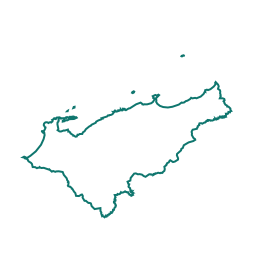 the district of Pathio, Chumphon, Thailand, rotated 222°
{"feature_id": "78962969B3300924250293", "entity_name": "Pathio", "entity_type": "district", "adm_level": 2, "iso_a3": "THA", "parent_name": "Thailand", "parent_adm1": "Chumphon", "projection": "mercator", "projection_center": [99.321, 10.773], "detail": "fine", "context": "isolated", "style": "outline", "palette": "teal", "viewbox_px": 256, "rotation_deg": 222, "n_neighbors": 0, "source": "geoboundaries", "source_scale": "gbopen_adm2", "svg_char_len": 5695}
<svg xmlns="http://www.w3.org/2000/svg" viewBox="0 0 256 256"><g transform="rotate(222 128 128)"><path d="M85.7,46.0L85.8,47.7L85.1,47.3L84.7,47.7L85.0,48.1L84.4,49.2L84.9,49.7L84.6,50.6L84.1,50.9L84.4,51.9L83.9,52.1L83.9,53.1L83.4,53.9L84.1,54.2L83.6,54.6L83.4,55.6L84.4,57.2L83.7,57.7L84.7,60.0L84.5,61.1L85.2,62.4L85.8,62.7L86.1,62.5L87.2,63.4L88.4,63.1L88.8,63.4L89.2,63.9L88.6,65.5L89.0,66.1L89.4,66.4L90.2,65.9L90.9,67.2L90.8,68.1L93.0,69.3L91.3,71.0L91.6,72.0L90.6,72.4L89.9,73.5L90.3,75.6L89.4,75.6L88.3,77.2L87.8,78.9L87.2,78.8L86.3,79.5L85.6,79.5L84.5,80.6L84.2,80.6L84.6,80.4L84.3,80.0L83.6,79.6L82.8,79.8L82.2,79.4L81.0,80.1L80.2,79.8L79.5,81.6L80.3,81.8L80.5,82.6L81.4,82.5L80.9,83.2L82.4,83.0L82.5,83.6L82.8,83.1L83.4,83.6L83.6,83.0L83.9,83.3L84.2,83.0L86.2,84.7L88.0,84.6L88.6,85.0L89.4,87.0L90.3,86.7L92.4,87.8L91.1,90.5L92.6,92.7L92.9,98.2L91.8,99.5L89.7,100.2L88.5,101.5L86.4,102.7L84.2,102.8L82.3,103.5L81.3,107.7L80.7,108.4L80.3,108.4L79.7,109.1L79.0,109.2L78.0,110.6L77.7,110.2L77.5,110.9L77.9,111.3L77.1,112.1L77.3,112.7L76.5,113.2L75.7,114.9L73.9,115.9L73.5,116.9L72.6,117.3L72.4,117.8L72.6,118.8L72.3,120.5L73.2,122.1L75.1,123.6L74.6,126.0L75.1,126.5L75.0,127.2L75.4,128.0L74.7,129.8L75.2,131.6L75.0,132.3L71.8,132.8L70.7,134.4L69.7,138.0L70.5,139.0L73.4,140.4L74.2,141.6L73.6,146.8L74.4,148.2L73.9,149.8L75.0,152.5L73.3,157.9L70.8,161.9L70.1,164.2L70.7,164.6L72.7,164.4L75.9,165.5L76.9,166.9L78.1,167.6L78.4,168.3L78.8,170.0L76.3,173.5L76.7,174.0L76.6,175.0L77.4,175.9L77.0,177.7L77.4,177.8L78.0,179.3L76.6,180.7L75.7,180.9L74.8,183.4L74.4,183.6L74.2,184.7L74.5,185.4L73.9,186.1L74.3,186.1L74.2,187.3L72.3,188.7L71.7,188.6L71.3,189.3L70.5,189.7L69.6,191.3L70.0,192.1L68.6,193.0L69.2,193.4L68.6,193.4L68.6,194.0L68.1,193.9L67.3,194.6L67.8,195.9L67.2,196.0L67.4,196.6L66.8,197.1L67.1,197.6L66.6,197.6L67.0,197.8L66.6,197.8L66.6,198.5L65.9,198.4L65.8,198.8L65.6,198.6L64.9,199.3L64.6,198.9L63.4,200.4L63.5,201.0L63.9,201.0L63.3,201.4L63.8,201.7L63.2,202.1L63.7,202.3L63.7,203.2L64.4,203.8L64.0,203.9L63.6,205.0L63.9,205.1L63.3,205.8L64.1,207.1L62.7,207.9L63.2,209.0L62.7,209.7L64.0,210.0L65.0,211.0L67.7,211.1L68.6,210.3L69.5,210.9L71.2,210.5L73.0,211.0L73.6,211.6L74.9,211.8L74.8,213.3L75.9,214.0L77.5,213.4L79.6,211.5L80.4,213.8L81.0,213.9L81.7,214.9L82.7,215.3L83.9,216.9L84.9,217.6L87.3,217.3L88.5,219.7L90.2,220.5L93.6,220.8L93.4,219.8L92.5,219.6L92.2,219.0L92.0,216.2L92.7,212.0L93.9,209.7L95.0,209.3L95.9,207.7L94.8,206.7L95.3,206.6L94.6,203.9L95.0,200.0L97.0,195.9L98.3,195.3L100.0,193.1L101.3,192.7L101.2,191.1L102.1,188.1L103.0,186.7L103.4,184.5L104.4,183.2L105.2,182.8L105.9,179.4L109.2,173.5L112.1,169.9L115.9,167.1L119.1,165.8L122.5,165.6L124.6,166.3L125.3,167.4L127.1,168.9L126.9,173.2L127.7,173.1L128.3,171.4L129.8,170.8L130.9,168.2L129.9,167.9L129.4,167.2L128.1,167.8L127.5,167.1L126.9,164.2L127.3,162.0L129.6,158.4L131.9,156.4L132.0,155.9L133.1,155.2L133.6,155.5L135.6,155.3L137.8,151.1L139.8,143.9L140.6,142.9L141.5,139.8L142.8,139.3L143.3,140.0L143.8,139.7L143.7,139.3L144.3,139.0L143.8,138.7L143.9,137.4L144.2,137.1L144.7,137.5L145.3,136.9L145.9,137.0L145.5,136.5L146.1,135.7L146.3,134.8L147.1,134.6L146.9,133.9L146.6,134.0L147.4,132.6L148.3,131.9L148.9,132.5L149.4,132.3L149.4,131.3L148.9,131.1L148.9,130.6L149.7,130.0L149.1,129.9L148.8,129.1L148.8,127.8L149.5,126.2L150.5,125.1L150.5,124.5L151.3,124.0L151.3,122.5L153.7,118.5L153.2,118.2L154.0,117.5L153.5,117.3L153.6,116.6L155.1,113.8L155.9,111.4L155.5,110.3L157.3,105.9L157.1,105.0L157.8,103.4L158.5,98.9L158.1,96.5L158.6,94.6L158.0,93.0L159.9,91.2L160.3,89.5L161.0,89.2L160.4,87.4L161.2,86.4L163.2,86.1L163.5,85.7L163.9,86.0L167.2,85.5L168.0,86.1L169.2,85.8L170.5,86.1L170.5,85.8L171.6,86.6L173.3,83.7L174.0,83.3L175.5,80.5L176.7,79.6L178.9,79.3L179.0,80.6L182.9,83.5L184.1,85.0L184.0,86.1L184.4,87.1L185.0,87.3L185.7,88.8L185.2,89.8L184.1,90.1L184.0,90.7L185.3,90.1L185.9,90.2L187.9,88.1L187.6,86.3L188.0,86.0L188.7,86.4L189.4,85.8L189.3,84.7L189.7,83.5L189.2,83.5L189.1,82.8L188.5,82.3L188.8,80.6L189.5,80.5L190.3,79.4L190.4,78.5L191.8,78.2L192.8,77.4L193.3,76.4L193.3,75.1L192.6,73.8L190.2,73.0L189.7,73.2L189.2,72.4L188.4,69.4L189.8,68.2L189.6,67.8L187.9,67.7L187.7,68.5L187.1,68.5L185.2,66.9L183.3,63.3L181.4,57.3L180.9,49.0L181.9,42.1L182.9,38.6L184.4,36.9L185.1,36.8L185.2,37.5L186.0,37.2L186.4,36.0L185.4,36.6L184.4,36.4L182.6,37.3L181.4,37.5L180.8,37.0L179.5,36.7L176.8,37.2L175.3,37.0L172.7,35.2L170.8,36.8L168.8,37.2L168.3,38.3L167.5,39.0L167.5,39.8L167.0,39.7L165.5,40.4L164.0,42.0L158.9,44.2L158.9,44.6L155.4,44.6L154.9,45.9L152.7,46.8L152.3,47.7L150.5,49.5L147.1,51.6L144.3,50.2L139.9,49.6L138.2,48.5L136.6,48.3L136.3,47.5L135.7,47.7L134.9,46.7L134.0,45.0L134.0,44.1L133.6,44.9L131.8,45.4L131.6,45.7L129.2,45.6L129.0,45.3L128.4,45.5L125.6,44.6L123.6,44.4L121.2,42.8L118.9,44.6L118.1,47.3L117.6,47.8L116.0,47.2L115.2,45.9L111.6,44.8L110.6,45.7L107.3,45.8L106.3,46.7L105.1,47.1L102.7,45.6L98.6,45.4L94.9,50.0L92.8,47.8L91.3,47.4L90.8,46.6L88.5,45.3L88.4,45.8L88.1,45.5L88.0,45.8L85.7,46.0ZM181.3,91.8L179.7,91.2L179.7,91.8L178.2,93.1L177.4,95.4L174.2,98.5L173.0,101.3L173.7,101.4L175.4,99.7L175.5,100.3L176.0,100.2L176.9,99.3L177.1,98.2L177.6,98.4L178.3,97.7L177.8,97.0L178.8,97.2L179.3,95.7L180.2,95.5L180.3,95.0L180.5,95.2L181.1,94.7L181.4,93.1L182.7,91.9L182.1,91.6L181.3,91.8ZM148.3,159.1L148.8,157.7L148.6,156.9L147.8,157.1L147.4,158.4L147.7,159.2L148.3,159.1ZM134.1,219.5L135.5,219.1L136.4,217.5L136.3,217.1L135.8,217.3L135.4,218.8L134.1,219.5ZM181.9,108.0L182.4,107.3L182.0,106.3L181.4,107.4L181.9,108.0ZM181.2,89.6L180.8,89.1L180.4,89.7L180.5,89.9L181.2,89.6ZM184.3,100.5L184.4,100.2L184.4,99.8L184.1,100.1L184.3,100.5Z" fill="none" stroke="#0f766e" stroke-width="2"/></g></svg>